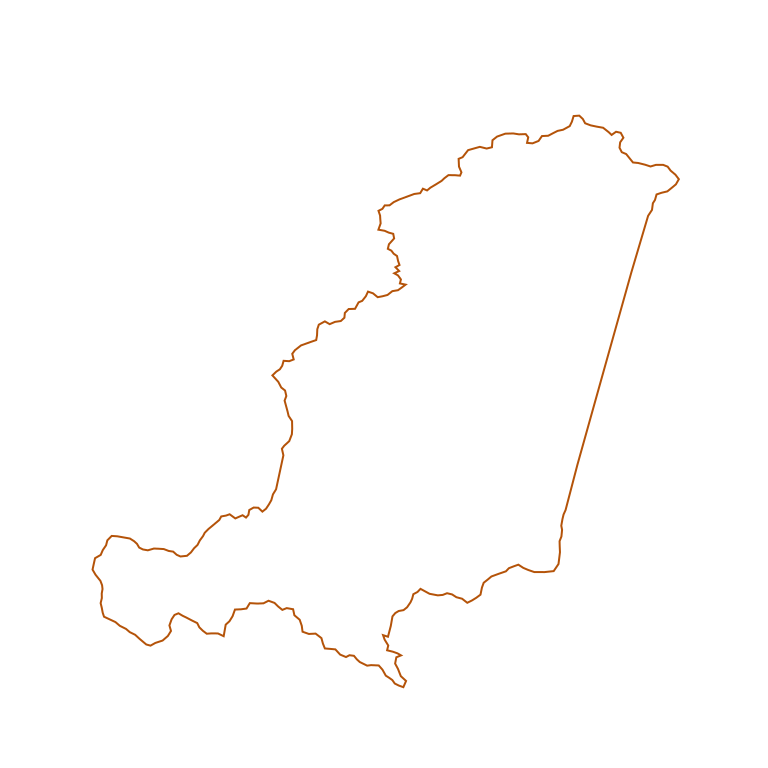 Iporá, Goiás, Brazil, rotated 100°
{"feature_id": "56859067B49504952139993", "entity_name": "Iporá", "entity_type": "district", "adm_level": 2, "iso_a3": "BRA", "parent_name": "Brazil", "parent_adm1": "Goiás", "projection": "robinson", "projection_center": [-51.149, -16.451], "detail": "fine", "context": "isolated", "style": "outline", "palette": "amber", "viewbox_px": 768, "rotation_deg": 100, "n_neighbors": 0, "source": "geoboundaries", "source_scale": "gbopen_adm2", "svg_char_len": 4232}
<svg xmlns="http://www.w3.org/2000/svg" viewBox="0 0 768 768"><g transform="rotate(100 384 384)"><path d="M617.4,638.8L621.9,635.0L627.1,629.1L631.1,626.7L634.8,625.6L639.3,625.6L643.8,624.7L649.0,625.0L653.6,623.0L658.1,621.3L661.8,619.3L665.1,607.1L668.0,602.2L670.0,595.5L672.5,591.3L674.2,585.5L677.4,580.5L681.8,572.9L682.2,568.5L678.7,564.2L675.1,557.5L669.7,553.1L664.2,550.9L659.0,553.4L652.6,552.3L647.8,550.2L645.5,546.6L647.2,542.1L648.3,538.2L650.3,531.9L651.9,526.4L655.7,523.6L658.5,519.5L660.7,515.2L659.5,510.4L658.5,504.2L660.2,498.1L648.5,498.1L644.5,495.0L639.0,492.8L632.0,491.6L630.7,485.7L629.0,480.4L623.1,478.1L622.2,470.5L620.9,464.6L617.5,460.1L618.6,453.8L621.5,449.6L624.1,444.9L621.6,440.9L621.6,434.4L627.3,432.1L630.8,426.1L636.4,423.0L642.1,421.2L643.2,414.6L641.7,408.0L645.1,401.5L650.2,399.1L654.7,396.3L654.2,390.9L653.8,385.8L658.1,380.2L659.5,374.0L657.1,370.9L656.9,366.4L659.9,362.9L662.0,359.6L664.3,351.7L663.1,347.9L662.1,340.3L665.6,335.9L670.9,331.6L672.4,328.0L674.1,324.4L677.1,321.4L678.4,317.1L679.2,312.3L672.6,310.7L668.8,316.7L662.1,320.8L657.4,324.5L651.0,324.4L648.3,320.1L646.9,324.0L646.1,328.8L645.7,334.7L640.8,334.4L635.6,339.0L631.5,341.3L632.2,336.2L621.1,335.3L616.3,335.3L611.4,335.3L607.6,333.1L605.0,330.1L603.3,325.5L599.9,322.5L594.4,320.0L590.6,319.0L585.9,318.6L583.0,314.9L579.4,312.5L582.7,302.7L582.8,294.3L581.5,289.5L579.1,285.6L579.4,280.4L581.4,275.7L581.9,269.8L585.0,264.0L581.9,259.8L578.5,256.0L574.7,252.4L567.5,252.2L562.4,251.3L558.6,247.9L554.9,244.8L550.9,237.9L547.3,231.4L543.7,229.0L540.8,224.2L538.6,220.3L540.9,214.9L542.1,209.7L543.1,203.4L541.4,193.4L538.8,184.4L531.0,180.9L524.7,181.2L519.1,181.5L513.2,182.8L508.3,183.8L503.4,182.8L496.7,183.3L492.8,184.8L486.1,184.8L481.3,184.5L476.6,183.3L429.9,179.5L329.7,169.6L231.2,159.8L172.5,153.1L166.0,150.3L159.3,150.6L155.7,149.1L150.0,148.5L147.5,143.9L145.1,138.4L140.5,134.4L136.7,131.2L131.1,129.2L127.3,133.3L124.1,138.8L120.7,142.4L119.7,147.2L121.0,154.3L123.5,159.3L122.7,165.0L122.2,172.1L122.6,177.3L119.1,181.3L115.5,185.4L114.4,190.1L110.4,193.1L105.0,193.4L99.9,191.0L95.5,194.5L95.3,199.3L99.2,203.1L97.0,206.4L93.6,212.7L93.6,219.3L93.4,225.4L92.3,231.2L88.5,234.2L85.8,238.3L87.2,243.8L93.0,244.5L97.8,245.9L102.5,251.8L104.6,257.0L107.6,261.0L111.0,265.4L112.4,271.5L117.8,274.0L121.2,279.5L121.7,285.0L116.0,284.8L113.3,287.8L114.7,294.5L114.8,300.2L116.4,308.0L120.7,315.6L125.1,319.5L132.1,318.8L134.3,323.8L133.8,330.8L139.1,341.8L147.0,346.0L149.3,349.6L156.9,347.9L162.1,344.5L165.6,345.3L166.0,349.9L167.1,356.8L170.9,360.3L173.9,362.5L178.1,367.2L182.6,372.4L185.9,375.2L184.9,379.6L189.8,381.5L191.6,387.2L199.5,400.8L203.2,406.0L207.1,409.6L208.0,414.3L211.8,416.0L214.4,419.5L218.8,417.1L222.2,416.3L226.4,415.2L233.0,416.3L233.0,410.0L234.1,405.6L234.5,401.0L238.9,399.3L245.5,403.4L250.2,403.7L251.4,399.9L254.0,397.1L255.7,393.4L260.4,391.5L264.1,389.4L267.0,393.0L270.1,388.7L273.2,393.1L274.6,389.1L278.1,385.5L282.2,385.8L282.4,380.0L285.4,382.8L289.2,386.5L291.1,391.9L295.7,396.0L297.9,400.8L299.6,405.3L296.6,410.6L295.8,415.8L300.7,417.1L305.9,419.9L308.0,423.2L315.0,425.6L316.3,431.8L320.8,434.9L325.6,434.5L329.5,437.5L331.3,443.0L334.5,447.9L332.6,453.1L336.9,458.5L341.6,459.2L347.7,458.4L352.5,458.4L355.1,463.1L360.4,472.4L366.2,477.6L370.2,479.6L375.5,477.2L378.0,481.3L378.6,486.9L383.7,487.4L387.6,489.1L390.5,492.2L394.9,495.4L400.2,488.5L405.3,484.6L407.6,480.3L412.8,478.1L417.6,479.0L427.8,474.2L432.0,472.4L436.5,468.1L444.2,466.6L449.5,466.0L456.7,467.4L462.2,471.6L465.5,473.3L471.7,470.7L506.4,472.0L512.0,474.2L518.0,474.8L522.5,476.4L527.3,478.5L530.8,481.6L527.7,486.3L528.3,490.9L531.5,494.8L536.4,494.8L539.5,496.7L537.8,500.5L542.2,507.1L539.1,513.4L541.0,516.7L542.7,521.3L546.5,522.6L552.7,527.8L557.3,531.7L561.6,534.7L565.2,535.8L570.0,538.2L574.9,539.7L578.7,542.5L583.4,544.9L587.4,548.2L589.2,554.5L588.2,558.5L585.7,562.5L585.8,567.0L584.8,572.2L585.4,577.5L586.0,582.0L588.8,587.7L588.8,592.7L587.6,596.7L584.3,599.5L582.2,602.8L580.3,607.4L580.3,612.0L580.3,620.2L580.9,625.8L586.0,629.3L591.1,629.7L596.4,632.1L601.5,633.3L605.7,638.3L612.0,638.6L617.4,638.8Z" fill="none" stroke="#b45309" stroke-width="2"/></g></svg>